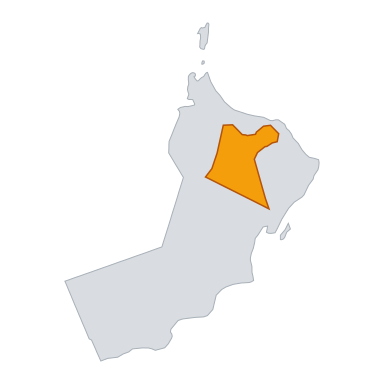 Ad Dakhliyah on a map of Oman (Mercator projection)
{"feature_id": "OMN-2404", "entity_name": "Ad Dakhliyah", "entity_type": "Region", "adm_level": 1, "iso_a3": "OMN", "parent_name": "Oman", "parent_adm1": "", "projection": "mercator", "projection_center": [57.794, 22.3], "detail": "fine", "context": "in_parent", "style": "filled", "palette": "amber", "viewbox_px": 384, "rotation_deg": 0, "n_neighbors": 0, "source": "natural_earth", "source_scale": "10m", "svg_char_len": 3306}
<svg xmlns="http://www.w3.org/2000/svg" viewBox="0 0 384 384"><path d="M100.8,361.0L98.8,356.5L96.8,352.1L94.9,347.6L92.9,343.1L91.5,340.0L89.2,338.9L87.8,335.6L86.4,332.2L85.0,328.8L83.5,325.4L82.1,322.1L80.7,318.7L79.2,315.3L77.8,311.9L76.4,308.5L74.9,305.1L73.5,301.7L72.1,298.3L70.7,294.9L69.2,291.4L67.8,288.0L66.4,284.6L64.9,281.2L69.5,279.6L75.0,277.6L80.6,275.7L86.2,273.7L91.7,271.8L97.3,269.8L102.9,267.8L108.4,265.9L114.0,263.9L119.5,261.9L125.1,260.0L130.7,258.0L136.2,256.0L141.8,254.1L147.4,252.1L152.9,250.1L158.5,248.1L161.9,246.9L163.3,242.3L164.5,238.5L165.7,234.7L166.9,230.9L168.1,227.1L169.3,223.2L170.5,219.4L171.6,215.6L172.8,211.7L174.0,207.9L175.2,204.1L176.4,200.2L177.6,196.4L178.7,192.5L179.9,188.7L181.1,184.8L182.3,181.0L183.4,177.4L181.3,174.0L178.6,169.4L175.7,164.7L173.0,160.1L171.0,156.8L168.7,152.9L168.9,147.8L168.9,145.2L169.1,141.3L171.4,135.8L174.1,128.9L176.0,124.2L177.7,120.2L179.1,117.0L179.8,113.6L179.4,111.3L178.6,110.4L177.8,109.3L180.4,107.5L185.2,106.4L187.8,106.6L191.6,105.8L194.5,105.0L194.7,103.9L193.9,102.2L192.7,99.6L188.5,99.4L187.3,98.6L188.7,94.8L188.7,93.6L188.1,92.2L187.5,89.8L187.8,86.8L188.6,84.7L188.7,83.0L188.3,79.5L188.4,76.4L189.3,74.9L190.8,73.4L192.3,72.7L193.8,72.8L195.0,73.4L195.5,75.0L195.2,76.1L194.3,76.3L194.0,76.7L195.3,78.9L197.1,81.0L198.4,80.7L200.0,79.0L201.6,77.6L203.7,76.5L205.1,74.2L206.4,72.7L207.5,72.4L210.8,81.8L215.7,90.6L220.0,95.4L224.5,101.9L231.3,107.9L234.4,110.0L247.1,114.2L254.0,115.8L263.6,117.3L270.2,120.5L272.4,120.7L275.8,119.8L278.3,119.8L284.7,124.3L286.5,128.5L289.1,130.7L291.5,134.2L293.0,137.9L298.3,143.5L302.0,149.8L305.9,154.4L309.3,157.3L314.5,158.4L318.6,159.7L319.1,162.8L318.7,166.8L317.9,169.8L314.0,175.6L313.1,179.2L308.7,185.1L304.0,194.9L301.8,197.2L294.2,202.2L288.6,208.3L282.0,218.9L276.9,229.4L275.0,232.8L270.9,233.4L268.3,233.2L266.4,232.2L267.1,229.3L267.6,226.1L265.1,226.5L263.0,227.1L258.0,234.9L255.2,238.4L254.6,242.7L253.3,248.3L251.3,253.5L250.4,257.8L250.4,260.3L251.9,266.3L252.0,272.4L252.9,276.1L253.6,280.5L251.2,281.9L249.2,282.5L241.2,283.0L233.0,284.4L225.9,287.0L221.7,289.5L216.2,295.2L212.8,309.5L207.4,315.6L203.7,316.9L194.9,317.4L182.5,319.0L178.1,320.5L170.9,329.2L170.4,332.0L171.8,334.0L172.2,336.2L171.6,338.2L168.3,343.8L164.7,347.8L155.3,350.3L151.8,348.8L148.6,348.0L142.5,347.9L132.5,348.9L128.8,351.9L123.1,354.0L117.7,357.2L107.6,358.4L100.8,361.0ZM204.6,48.4L204.0,49.3L203.1,49.3L200.9,48.6L199.7,47.0L199.9,45.0L200.0,41.3L200.6,37.9L200.4,34.2L198.8,33.4L197.6,33.6L200.3,28.4L201.4,27.6L202.4,28.0L204.9,27.4L206.2,24.6L207.2,23.0L208.3,23.2L208.9,24.1L208.5,28.4L208.5,32.0L207.1,42.9L205.6,44.8L204.9,46.3L204.6,48.4ZM283.0,239.2L281.0,239.8L280.4,239.5L280.4,235.2L285.1,229.7L288.3,223.3L290.4,229.0L286.7,232.2L284.6,237.6L283.0,239.2ZM204.1,63.3L202.8,64.2L201.8,64.1L202.0,62.2L202.6,60.9L204.0,61.0L204.3,61.8L204.1,63.3Z" fill="#d9dde1" stroke="#a8b0b8" stroke-width="1"/><path d="M262.3,187.6L265.4,198.5L269.0,208.9L258.8,203.7L205.5,177.0L211.9,168.6L217.1,153.1L223.3,125.2L232.6,124.8L242.2,134.6L245.9,135.0L247.2,135.6L255.5,134.3L256.4,132.1L263.5,126.2L270.5,125.3L278.7,133.7L277.2,141.7L272.3,142.9L266.9,146.4L264.9,146.7L257.5,152.5L254.3,159.2L262.3,187.6Z" fill="#f59e0b" stroke="#b45309" stroke-width="1.5"/></svg>